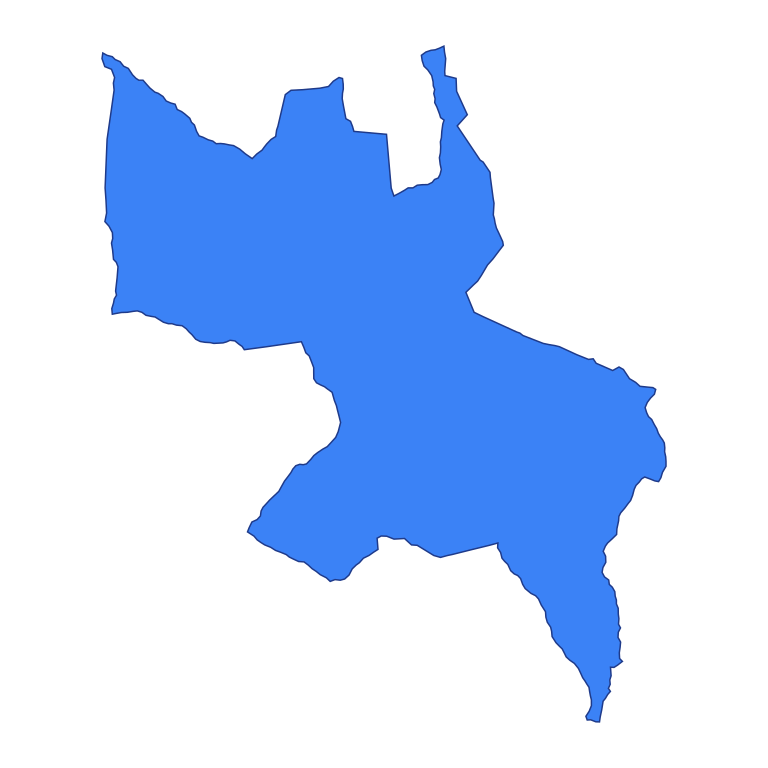 outline of Umuarama, Paraná, Brazil
{"feature_id": "56859067B70861767862647", "entity_name": "Umuarama", "entity_type": "district", "adm_level": 2, "iso_a3": "BRA", "parent_name": "Brazil", "parent_adm1": "Paraná", "projection": "robinson", "projection_center": [-53.402, -23.707], "detail": "fine", "context": "isolated", "style": "filled", "palette": "blue", "viewbox_px": 768, "rotation_deg": 0, "n_neighbors": 0, "source": "geoboundaries", "source_scale": "gbopen_adm2", "svg_char_len": 5261}
<svg xmlns="http://www.w3.org/2000/svg" viewBox="0 0 768 768"><path d="M289.2,557.0L293.0,558.9L298.6,561.5L304.0,561.9L308.4,565.2L312.1,568.7L316.2,571.4L320.3,574.7L326.4,577.8L330.2,581.4L335.0,579.6L340.3,580.2L344.7,579.0L349.0,575.1L352.2,568.9L356.2,565.0L359.4,562.7L363.4,558.2L369.1,555.4L373.6,552.2L378.0,549.4L377.1,538.2L381.2,536.0L386.7,536.2L394.0,539.1L404.5,538.5L411.5,544.9L417.2,545.3L433.8,555.5L440.5,557.4L447.5,555.5L452.2,554.5L472.6,549.4L489.4,545.3L497.9,543.0L497.6,547.8L500.6,552.5L502.0,558.2L504.6,561.3L507.8,564.4L510.7,570.7L514.2,573.9L517.7,575.5L520.6,578.6L522.7,584.4L525.2,588.6L531.0,593.4L535.6,595.7L538.5,598.9L541.3,605.1L545.5,611.7L545.9,617.2L547.3,622.2L550.6,627.1L551.6,631.2L552.1,636.6L556.0,642.7L559.4,646.2L562.2,648.9L564.1,652.6L566.2,656.9L569.8,660.2L574.4,663.4L578.4,668.4L580.4,672.6L582.7,677.7L585.0,681.0L587.0,684.3L589.0,687.3L589.6,691.4L590.4,695.8L591.4,699.9L591.4,705.7L589.2,711.2L585.9,716.3L587.2,720.0L590.7,719.8L595.8,721.8L599.5,721.9L600.2,717.0L601.7,709.9L603.1,701.2L605.4,698.4L607.7,694.5L610.4,691.4L608.4,688.4L610.2,684.3L609.8,679.9L611.1,675.8L610.5,667.2L614.0,667.4L617.6,665.1L622.4,661.4L619.6,658.5L619.3,652.8L620.1,647.3L620.6,642.1L618.0,637.4L618.3,632.2L620.5,627.9L618.5,624.2L618.9,618.7L618.3,614.1L618.2,608.2L616.4,603.9L616.4,600.0L615.2,596.2L614.8,591.6L612.3,587.2L609.3,584.4L608.7,580.0L604.5,576.9L602.1,572.4L602.9,567.6L605.8,562.3L605.6,556.2L603.2,551.3L605.4,546.1L607.6,543.0L612.1,538.9L616.6,534.5L616.9,528.8L617.7,525.1L618.6,520.8L618.9,516.4L620.7,512.8L624.6,508.3L628.3,503.3L630.6,500.5L632.6,495.4L634.2,489.3L636.0,485.4L639.3,482.0L641.6,478.9L644.7,477.0L649.9,478.9L654.8,480.9L658.6,481.6L660.9,477.7L662.5,472.3L666.0,466.3L666.0,461.4L665.7,456.7L664.6,451.7L664.8,447.9L664.3,443.0L662.6,439.8L660.3,436.7L658.3,433.2L656.7,428.7L654.2,424.4L651.7,419.5L648.5,416.6L646.7,412.8L645.1,407.6L647.3,402.4L650.6,398.0L654.4,394.2L655.7,389.4L652.9,387.6L647.6,387.1L640.0,386.3L635.7,382.4L629.5,378.7L623.4,369.5L619.0,367.0L612.7,370.5L596.2,363.3L593.2,358.8L588.5,359.4L583.0,357.2L576.8,354.7L559.4,346.7L555.0,345.6L549.0,344.6L543.2,343.4L522.9,335.5L519.9,333.1L516.7,332.0L483.0,316.6L474.1,312.3L465.9,292.3L473.3,285.1L477.6,281.1L481.3,275.5L487.5,265.0L492.8,259.1L499.0,250.9L503.3,245.3L502.7,241.6L499.6,234.8L496.4,228.0L495.1,223.1L494.4,218.8L493.3,214.9L493.7,208.3L494.0,203.2L493.2,198.6L490.4,177.6L490.0,172.3L483.1,162.0L480.2,160.2L457.2,125.9L467.3,114.7L456.6,91.3L456.1,78.4L445.0,75.6L444.7,71.4L445.7,58.6L444.5,52.0L443.9,46.1L439.4,48.2L435.2,49.8L431.0,50.3L425.9,52.0L421.4,55.3L422.2,60.7L424.0,66.2L427.8,69.9L431.7,75.6L433.1,81.8L433.3,85.9L434.7,89.3L433.8,93.6L435.1,98.7L434.7,102.6L436.9,107.0L439.5,113.9L440.6,117.6L444.1,120.1L442.8,124.0L441.8,131.4L441.4,137.7L440.4,141.8L440.7,146.8L440.4,153.0L439.4,157.7L440.2,164.3L441.3,169.5L440.0,174.6L438.2,178.0L434.5,179.5L432.2,182.4L427.8,184.6L422.4,184.7L417.2,185.2L412.9,187.9L408.1,187.9L404.6,190.2L398.8,193.5L393.9,196.0L391.2,188.1L386.5,134.3L353.9,131.4L352.5,126.4L350.5,121.3L345.9,118.7L343.6,106.7L342.2,98.6L342.5,93.3L343.3,89.0L343.2,84.1L342.5,78.5L339.0,77.5L333.3,81.2L328.5,86.5L319.8,88.2L302.6,89.7L291.0,90.3L285.3,94.6L277.9,126.3L276.6,130.1L275.7,136.5L271.1,139.4L266.7,144.0L264.2,147.2L262.1,150.1L256.8,154.0L252.2,158.6L245.3,153.8L239.7,149.1L233.6,145.6L229.2,144.9L224.4,143.9L220.6,143.5L216.2,143.7L212.8,141.1L208.2,139.8L202.9,137.2L199.1,135.9L196.6,131.4L194.4,125.0L191.5,122.3L189.8,118.3L184.7,113.9L181.6,111.6L177.2,109.5L175.1,104.2L170.7,103.0L166.2,101.0L163.0,96.5L158.2,93.3L154.8,92.1L149.9,88.0L146.4,84.1L143.0,80.2L138.8,80.2L135.9,78.3L132.5,74.8L128.3,68.4L123.6,66.2L120.1,61.7L115.1,59.5L112.3,56.7L107.0,55.3L102.8,53.0L102.0,58.6L104.8,66.6L111.5,69.3L114.6,77.5L113.4,83.1L114.1,90.1L111.4,109.4L107.1,139.2L106.7,148.7L106.3,158.6L105.1,187.9L106.0,200.5L106.6,213.0L104.9,221.6L109.0,226.2L112.4,232.6L112.7,238.5L111.5,243.1L112.6,250.0L113.5,259.4L116.3,262.3L118.0,266.7L117.1,277.9L115.6,291.1L116.5,295.2L114.3,298.9L113.5,303.1L111.8,308.6L112.3,314.2L115.8,313.5L121.3,312.5L127.3,312.3L133.5,311.3L137.3,310.9L141.9,312.3L146.0,315.3L151.4,316.4L155.1,317.0L158.1,318.9L163.4,322.2L168.3,323.7L172.0,323.7L176.4,325.1L182.1,325.7L186.3,328.8L189.1,332.0L191.9,334.6L195.7,339.2L200.2,341.5L205.1,342.3L210.2,342.6L213.8,343.4L219.3,343.1L223.0,342.9L226.5,341.9L230.0,340.3L234.9,340.9L239.2,344.4L242.1,346.4L244.3,349.7L266.7,346.7L301.4,341.7L303.9,347.5L305.8,352.8L309.2,355.9L311.6,362.0L313.7,367.6L313.7,372.5L313.8,378.7L316.5,382.8L320.5,384.9L324.5,386.7L327.5,389.0L332.1,392.3L334.4,400.5L336.4,405.6L337.6,410.6L339.0,416.0L340.6,422.5L338.2,431.7L335.7,437.4L331.1,442.5L327.2,446.7L322.8,449.1L317.6,452.6L313.9,455.5L310.7,459.5L306.5,463.9L303.2,464.7L299.8,464.3L295.8,465.7L292.9,469.0L291.0,472.5L287.5,477.2L284.5,481.1L280.6,488.1L278.8,491.4L273.8,496.1L269.6,500.1L266.0,504.1L263.1,507.2L261.1,511.0L260.4,516.0L257.1,519.6L251.9,522.0L249.2,527.6L247.5,531.9L254.0,536.1L257.2,539.9L260.9,542.5L264.7,544.9L270.7,547.3L275.5,550.4L280.5,552.2L286.3,554.6L289.2,557.0Z" fill="#3b82f6" stroke="#1e3a8a" stroke-width="1.5"/></svg>